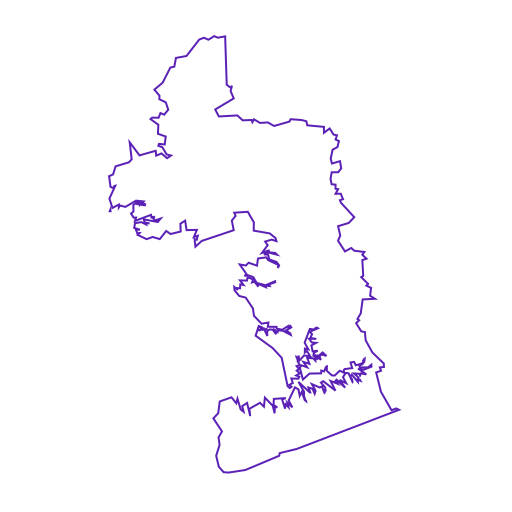 Franklin Local Board Area, Auckland, New Zealand, rotated 273°
{"feature_id": "76426892B8837637515397", "entity_name": "Franklin Local Board Area", "entity_type": "district", "adm_level": 2, "iso_a3": "NZL", "parent_name": "New Zealand", "parent_adm1": "Auckland", "projection": "orthographic", "projection_center": [174.832, -37.083], "detail": "fine", "context": "isolated", "style": "outline", "palette": "violet", "viewbox_px": 512, "rotation_deg": 273, "n_neighbors": 0, "source": "geoboundaries", "source_scale": "gbopen_adm2", "svg_char_len": 6153}
<svg xmlns="http://www.w3.org/2000/svg" viewBox="0 0 512 512"><g transform="rotate(273 256 256)"><path d="M473.7,213.7L472.0,206.4L473.4,202.8L469.5,197.2L471.2,192.6L469.2,188.0L452.1,176.1L449.6,165.7L440.8,164.5L439.7,160.6L424.2,153.7L416.8,145.8L411.1,151.2L407.5,151.3L404.7,157.9L397.5,160.7L392.3,156.9L393.7,153.1L389.0,151.5L388.7,145.0L387.2,143.5L382.0,151.6L372.9,151.7L370.6,159.6L362.6,159.0L362.9,153.3L360.9,152.7L359.8,156.7L352.7,161.5L351.9,165.9L349.0,162.1L353.5,156.3L351.0,151.1L355.8,150.3L350.4,134.4L363.0,123.9L346.1,126.8L342.9,124.2L338.2,111.1L330.0,109.0L328.0,105.1L317.4,107.1L316.4,109.9L318.5,110.9L318.8,111.8L305.7,106.6L296.5,110.1L300.2,116.4L297.4,116.5L299.3,117.6L298.2,123.0L305.0,133.3L304.6,140.9L303.1,139.4L301.9,142.6L300.8,142.3L301.6,134.5L302.5,133.5L300.5,130.8L294.0,131.3L291.8,129.0L287.9,131.8L288.1,134.2L284.7,133.3L291.6,149.0L289.2,149.5L290.0,152.9L288.3,150.9L285.7,154.8L286.9,155.0L288.4,158.8L284.8,156.1L286.7,142.1L283.7,143.0L282.9,148.0L283.1,144.1L281.7,144.7L283.8,139.8L282.5,133.5L277.7,132.9L276.2,138.6L276.0,134.7L272.6,136.2L272.6,137.7L272.8,138.1L272.9,138.3L272.9,138.5L270.9,136.7L267.1,145.9L269.6,151.8L267.8,159.0L276.3,165.0L273.5,169.5L276.5,179.5L284.3,178.8L287.6,183.4L278.2,185.3L279.0,195.6L271.7,193.0L273.2,196.8L269.1,196.0L269.6,193.8L262.1,195.0L268.2,201.0L280.6,232.4L290.1,230.0L295.0,233.5L298.1,232.0L299.7,245.5L289.5,252.1L281.2,252.4L279.3,268.5L274.9,274.6L271.9,275.6L273.2,270.8L270.9,264.4L267.4,267.1L259.4,261.8L262.2,268.3L260.3,269.1L260.1,275.0L258.4,277.0L260.2,267.9L258.0,263.8L258.0,267.9L253.2,269.6L251.2,276.8L247.8,279.6L245.2,278.5L248.3,278.7L252.5,268.4L255.2,266.3L253.6,258.1L246.4,257.5L248.9,249.0L246.0,246.4L246.7,240.2L237.5,247.4L235.3,245.6L236.6,248.3L234.7,254.5L229.2,258.0L227.3,267.0L231.8,276.4L230.8,276.5L228.2,270.3L226.7,271.3L226.9,267.0L225.3,267.6L228.6,258.7L225.5,259.9L230.3,255.8L229.4,253.5L232.5,254.4L234.3,248.7L231.0,248.3L230.8,241.3L226.4,245.1L226.9,241.8L222.9,241.7L223.0,238.0L221.1,239.6L224.0,235.9L220.6,236.3L215.2,241.4L213.9,247.9L203.4,255.7L196.2,257.1L188.7,265.1L190.2,271.9L186.0,271.5L186.3,280.2L184.6,280.4L183.7,286.0L187.9,292.0L185.9,292.1L187.9,294.0L186.5,295.0L183.4,290.0L180.4,294.4L179.0,294.9L182.7,286.9L183.0,281.9L181.1,281.6L183.0,278.7L178.9,280.2L183.3,276.6L183.4,273.6L181.5,271.0L176.7,271.5L182.6,268.4L184.0,271.3L182.4,265.7L183.5,268.1L184.2,267.6L181.9,263.5L182.0,262.9L184.6,265.8L185.4,263.1L185.1,266.1L186.2,262.4L176.4,259.8L164.9,277.5L155.6,287.0L127.6,294.4L125.9,296.6L127.2,298.3L129.1,296.1L131.1,299.4L135.5,297.7L135.7,304.7L137.7,305.6L138.8,302.4L141.1,305.9L143.7,302.7L145.2,305.0L148.2,302.3L149.4,305.6L152.9,303.1L154.9,303.0L155.4,302.5L155.9,302.6L157.1,301.7L157.4,301.6L156.6,303.8L158.9,303.7L153.8,304.7L159.3,309.4L158.6,315.5L163.7,311.8L162.2,309.8L166.1,309.7L165.5,313.2L172.0,309.1L186.0,313.6L185.6,317.8L187.4,319.4L187.6,320.9L187.1,321.7L183.0,313.6L180.9,316.1L177.0,314.5L176.4,320.5L176.1,313.3L172.6,316.2L172.4,320.5L169.6,316.0L163.9,317.5L164.6,322.6L162.4,318.7L159.3,318.6L159.9,324.1L163.2,327.6L159.9,331.6L161.1,326.7L158.9,324.6L155.7,326.3L159.1,321.7L155.8,323.1L158.4,320.3L154.6,320.8L156.8,318.4L156.9,312.5L151.1,315.0L152.7,308.9L147.5,312.9L149.2,307.4L146.9,305.6L135.1,309.3L141.4,315.6L142.2,327.2L145.0,327.2L144.3,330.0L148.5,331.5L149.3,332.1L149.5,332.6L145.1,332.7L140.8,337.9L140.7,340.8L145.8,345.6L144.0,350.1L146.5,349.6L147.7,350.4L149.1,357.9L154.6,356.0L155.4,359.5L152.1,361.3L154.1,367.2L155.7,368.7L156.9,368.4L158.5,369.1L159.2,369.9L156.1,369.7L153.2,367.6L152.2,364.8L150.2,365.7L150.6,373.6L153.5,376.9L151.5,377.1L148.0,369.3L148.9,363.8L143.5,372.4L144.3,367.1L142.2,366.2L143.8,365.7L143.8,360.0L140.6,364.0L137.9,365.1L137.8,366.3L136.8,366.9L137.8,364.0L135.7,364.3L142.5,357.8L140.3,356.5L137.9,358.3L137.0,358.3L136.2,358.9L135.6,359.0L135.4,358.9L143.7,354.6L144.0,351.8L139.6,349.2L133.7,352.7L136.6,346.0L129.2,351.9L136.7,342.9L134.8,341.4L133.7,343.4L133.0,344.2L132.6,344.5L135.1,337.0L125.7,342.4L134.5,329.7L133.0,327.5L128.4,331.9L125.4,332.5L125.5,331.5L123.2,331.8L122.9,331.5L129.2,328.7L128.0,326.5L131.0,318.5L124.8,322.4L124.1,322.5L121.5,321.8L126.4,319.4L127.4,315.2L122.6,317.3L122.6,316.8L132.5,305.0L122.9,311.1L118.3,311.2L116.6,312.2L114.7,312.4L114.6,312.6L114.4,312.8L114.5,313.1L114.3,313.4L114.1,313.5L113.7,313.6L114.7,312.2L122.6,308.8L118.6,307.0L125.0,305.4L126.9,301.8L113.4,296.2L106.7,300.3L111.3,294.9L106.8,296.3L109.5,293.4L105.1,293.0L114.0,289.6L115.7,293.1L114.2,281.3L108.2,281.3L105.8,285.3L106.5,282.7L99.9,282.8L107.3,280.6L115.0,272.3L106.0,271.8L109.6,267.7L103.1,257.4L95.8,258.6L108.8,254.8L105.3,250.1L99.8,251.8L102.0,248.7L112.5,245.0L107.9,244.0L113.6,238.9L108.8,227.4L97.0,226.5L91.6,221.9L79.1,231.2L72.9,228.1L65.5,229.5L54.4,226.7L43.6,229.9L38.4,235.0L38.3,239.9L41.7,256.5L57.7,289.6L60.4,290.0L65.5,306.9L109.9,406.9L111.1,404.0L109.1,399.4L126.9,387.9L146.0,382.1L148.0,386.9L151.2,385.5L151.9,389.6L155.4,389.2L165.7,377.3L177.6,369.9L185.7,368.8L186.3,365.0L194.2,359.5L197.2,362.4L198.4,360.6L204.2,363.6L218.2,364.8L219.5,377.0L222.3,372.0L230.2,372.6L232.2,367.8L234.0,369.4L240.4,362.2L241.8,364.1L257.5,362.4L259.1,366.5L262.8,362.1L265.7,364.0L266.4,353.9L269.0,350.7L265.2,344.6L275.6,337.1L280.7,339.1L290.1,336.4L293.8,346.8L299.9,352.1L313.7,338.0L316.1,336.9L317.3,339.9L322.6,337.4L322.3,332.2L327.0,334.5L327.3,331.9L331.4,331.7L331.6,327.8L336.9,326.4L343.6,327.2L343.9,333.7L348.0,336.5L355.1,334.9L352.3,327.0L357.1,325.5L366.1,326.9L369.0,331.6L375.1,332.8L376.5,329.4L380.8,330.5L381.3,327.1L387.2,322.9L382.6,317.4L388.5,317.1L389.2,300.4L393.2,299.2L394.2,294.3L394.4,283.4L392.0,282.4L386.8,267.3L390.0,260.8L389.1,253.1L392.4,246.8L389.5,245.4L391.6,244.6L390.8,235.6L395.4,230.0L393.4,211.6L400.2,207.6L412.2,225.5L419.4,222.0L424.9,223.1L422.6,222.1L425.5,217.8L473.7,213.7ZM303.8,137.9L301.6,137.7L304.1,139.7L303.8,137.9ZM304.1,136.0L303.5,133.5L302.5,136.5L304.1,136.0ZM294.6,108.1L293.1,107.6L293.1,108.4L294.6,108.1Z" fill="none" stroke="#5b21b6" stroke-width="2"/></g></svg>